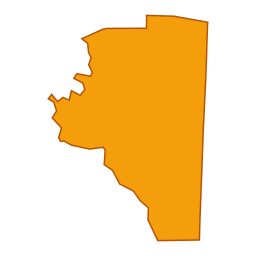 outline of Davidson, North Carolina, United States of America
{"feature_id": "52423323B73587469313041", "entity_name": "Davidson", "entity_type": "district", "adm_level": 2, "iso_a3": "USA", "parent_name": "United States of America", "parent_adm1": "North Carolina", "projection": "robinson", "projection_center": [-80.266, 35.765], "detail": "fine", "context": "isolated", "style": "filled", "palette": "amber", "viewbox_px": 256, "rotation_deg": 0, "n_neighbors": 0, "source": "geoboundaries", "source_scale": "gbopen_adm2", "svg_char_len": 904}
<svg xmlns="http://www.w3.org/2000/svg" viewBox="0 0 256 256"><path d="M206.4,61.1L206.6,54.0L206.6,52.9L206.7,50.4L206.8,46.0L207.5,26.4L207.5,25.7L207.7,22.3L173.9,16.2L146.6,15.4L146.5,23.3L146.5,25.2L146.5,28.3L137.7,28.3L107.5,28.4L102.6,29.3L99.6,30.7L84.7,37.4L83.1,38.1L81.8,38.7L87.7,43.4L88.5,52.2L91.1,57.8L88.7,64.7L92.3,72.6L90.5,76.2L76.9,73.7L73.8,78.4L82.8,83.0L84.8,89.6L80.2,95.3L71.4,90.7L69.2,100.2L62.9,97.4L57.7,101.6L51.6,94.4L48.3,98.8L53.8,102.1L56.6,111.0L52.2,117.8L61.5,127.9L58.6,137.7L60.6,141.3L64.1,141.1L71.4,145.1L89.4,149.1L103.0,147.3L105.1,149.7L105.2,149.9L104.2,164.6L112.6,170.5L119.7,184.0L133.4,191.0L140.4,201.0L148.4,207.7L148.0,219.9L157.8,240.6L177.0,240.4L178.6,240.3L199.4,240.0L200.1,214.7L200.2,213.7L203.2,132.2L203.2,131.6L203.4,126.4L203.5,125.8L204.1,112.4L205.8,77.5L205.8,77.0L206.4,61.1Z" fill="#f59e0b" stroke="#b45309" stroke-width="1.5"/></svg>